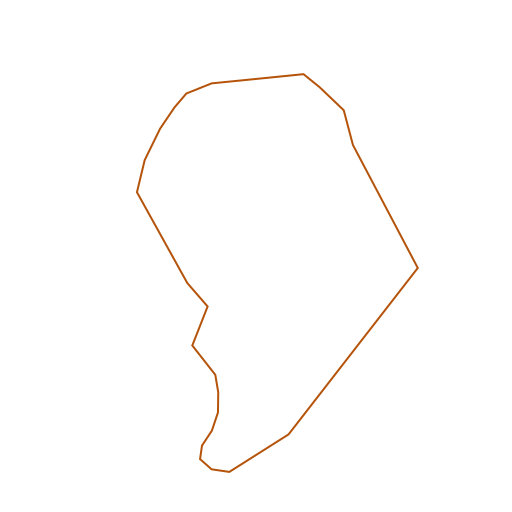 outline of Štore, rotated 331°
{"feature_id": "SVN-997", "entity_name": "Štore", "entity_type": "Municipality", "adm_level": 1, "iso_a3": "SVN", "parent_name": "Slovenia", "parent_adm1": "", "projection": "albers", "projection_center": [15.32, 46.198], "detail": "fine", "context": "isolated", "style": "outline", "palette": "amber", "viewbox_px": 512, "rotation_deg": 331, "n_neighbors": 0, "source": "natural_earth", "source_scale": "10m", "svg_char_len": 449}
<svg xmlns="http://www.w3.org/2000/svg" viewBox="0 0 512 512"><g transform="rotate(331 256 256)"><path d="M273.9,80.1L300.9,83.5L385.7,120.0L393.4,139.0L403.4,171.1L394.6,205.9L391.7,344.9L198.0,427.8L128.0,431.9L113.7,421.0L108.6,406.5L116.9,395.6L132.7,387.4L146.9,374.4L156.9,356.9L162.8,340.2L156.9,303.4L189.2,276.7L182.8,246.3L182.8,142.5L205.1,118.2L233.9,98.1L256.8,86.5L273.9,80.1Z" fill="none" stroke="#b45309" stroke-width="2"/></g></svg>